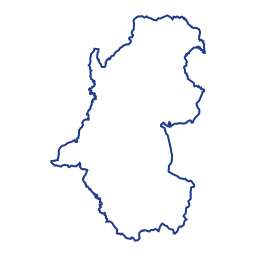 Mezquital del Oro, Zacatecas, Mexico (Natural Earth projection)
{"feature_id": "50627088B62290449256091", "entity_name": "Mezquital del Oro", "entity_type": "district", "adm_level": 2, "iso_a3": "MEX", "parent_name": "Mexico", "parent_adm1": "Zacatecas", "projection": "natural_earth1", "projection_center": [-103.336, 21.194], "detail": "fine", "context": "isolated", "style": "outline", "palette": "blue", "viewbox_px": 256, "rotation_deg": 0, "n_neighbors": 0, "source": "geoboundaries", "source_scale": "gbopen_adm2", "svg_char_len": 5723}
<svg xmlns="http://www.w3.org/2000/svg" viewBox="0 0 256 256"><path d="M185.7,213.5L186.2,207.9L186.6,207.4L188.3,207.0L189.3,205.3L189.3,204.2L188.4,201.3L190.7,198.8L190.6,195.4L190.9,194.0L190.4,192.3L191.1,189.4L190.9,188.1L191.4,187.3L193.7,186.9L194.0,186.6L194.1,184.8L191.2,180.9L190.0,180.7L189.0,181.3L188.2,181.2L186.7,180.4L185.4,178.8L184.0,179.2L181.4,178.3L180.6,178.5L179.6,178.1L177.7,176.3L174.0,174.7L168.7,171.7L168.5,170.6L169.0,167.9L168.8,166.6L169.4,165.2L171.1,163.0L171.9,160.3L172.0,158.6L171.7,157.9L172.2,155.3L171.1,151.6L171.1,150.0L167.9,136.0L167.5,135.0L166.1,133.6L164.6,128.1L161.0,126.2L161.1,124.8L163.2,122.7L164.2,123.3L164.1,123.7L165.0,124.6L168.1,126.2L169.3,122.2L170.1,122.8L170.5,125.3L170.2,126.6L171.1,126.3L172.0,125.2L174.9,123.7L176.8,123.9L178.0,123.3L179.7,123.2L183.7,123.6L185.9,123.0L188.2,121.1L190.1,120.3L190.9,120.8L191.8,122.7L192.4,122.7L193.2,122.0L193.4,120.6L195.2,117.8L199.2,113.7L199.4,109.6L197.9,107.9L197.1,106.1L196.5,103.9L196.7,103.1L198.5,101.6L199.7,99.5L202.5,92.7L202.4,92.0L204.1,91.3L204.1,89.8L203.7,89.4L201.3,89.2L201.0,88.8L201.3,88.3L201.1,87.6L200.3,88.0L199.5,87.6L199.2,86.8L198.4,86.8L198.3,86.3L197.7,86.8L197.2,86.2L195.8,85.9L194.9,85.8L194.4,86.2L193.7,82.9L187.8,78.8L187.8,76.4L186.7,75.3L186.8,73.6L185.2,72.8L184.9,72.2L185.0,70.2L184.7,68.8L184.0,67.6L184.3,66.5L185.8,66.1L186.5,65.4L186.1,63.6L187.0,62.0L184.7,57.8L185.0,56.4L186.2,55.9L186.0,54.4L186.4,54.0L187.3,54.4L187.9,53.2L189.1,53.2L189.2,51.9L193.8,47.6L196.0,47.6L196.8,47.0L197.3,47.4L197.9,46.8L198.3,47.8L198.8,47.8L199.2,47.1L199.7,47.2L200.2,48.0L199.7,48.7L200.9,48.9L200.9,49.8L202.3,50.1L203.3,51.6L202.9,52.3L204.2,53.1L204.7,53.0L204.8,51.3L203.8,50.5L204.3,48.4L203.8,46.2L204.3,44.3L203.0,42.6L203.4,41.2L202.1,40.8L201.8,40.1L201.2,39.9L199.9,40.4L199.9,39.8L199.0,39.2L199.4,38.0L198.9,36.6L199.4,35.9L199.7,33.9L200.0,33.5L199.8,31.1L199.0,29.2L196.8,28.1L195.0,27.7L193.9,28.1L191.9,27.3L191.8,26.8L191.2,26.7L190.7,25.9L188.3,24.2L187.8,23.2L187.7,22.2L186.3,20.7L185.6,19.1L184.6,19.4L184.2,19.1L184.4,18.4L184.0,17.8L183.3,18.0L182.2,16.7L181.0,17.0L179.6,18.1L177.8,16.6L176.5,16.6L176.0,17.4L174.0,16.7L173.6,16.8L173.4,17.9L172.4,19.3L171.5,17.9L167.4,15.4L160.0,18.6L158.4,18.2L156.4,20.4L153.2,19.8L151.1,18.4L147.8,17.5L146.8,16.3L144.5,17.6L142.3,16.2L137.5,16.6L134.2,19.3L133.5,20.4L134.1,24.1L133.7,29.0L133.5,29.9L132.2,31.0L131.7,32.7L132.0,33.8L132.9,34.7L133.1,35.6L132.5,35.7L132.0,37.3L129.8,37.4L129.3,37.8L129.1,38.7L129.5,39.5L130.7,40.2L130.9,41.3L130.6,42.3L129.2,43.9L128.1,44.5L126.4,44.2L125.4,45.0L123.0,45.6L122.5,46.7L119.8,48.3L119.0,50.1L117.0,51.2L115.1,52.8L113.6,55.6L111.6,56.1L110.7,57.1L110.4,58.3L109.8,59.2L109.2,59.3L108.8,58.5L106.5,60.2L106.5,61.3L105.5,62.8L105.9,63.4L105.2,66.5L104.8,67.0L101.9,67.0L100.6,63.9L99.6,63.0L99.0,60.5L98.3,60.3L98.4,59.1L97.4,58.4L97.1,57.6L97.5,53.1L98.4,51.3L98.5,49.2L94.4,48.8L93.8,51.1L91.2,54.0L90.4,57.5L90.4,61.9L89.9,63.8L88.8,65.3L89.4,65.6L90.1,67.4L89.9,68.8L90.9,70.2L90.8,70.6L91.2,70.8L90.4,71.5L90.7,75.2L90.2,76.5L90.8,77.0L91.0,79.0L92.7,79.9L92.8,81.3L93.9,80.8L94.5,81.1L94.6,82.1L94.1,82.6L94.6,83.3L94.4,84.0L94.9,84.4L94.1,86.1L93.1,86.8L92.1,86.9L91.8,87.9L90.8,88.7L89.7,88.5L89.0,89.3L89.4,90.2L90.8,90.2L91.2,90.6L90.0,92.8L90.2,93.9L90.7,94.1L92.1,92.8L92.6,93.7L94.2,93.2L94.8,93.8L94.1,95.2L94.3,95.8L95.4,95.8L96.0,96.7L95.0,97.6L95.7,98.7L95.0,98.7L94.6,99.4L93.6,98.9L92.2,100.6L91.9,101.5L92.6,101.9L92.2,102.1L91.6,103.9L91.8,104.6L90.7,106.4L90.2,109.4L88.8,109.9L87.1,113.8L86.9,114.5L88.4,114.7L88.6,119.6L88.2,119.8L87.3,119.1L86.9,119.5L85.8,119.5L83.8,120.3L82.2,122.8L82.9,124.2L82.9,125.5L81.8,127.2L80.5,128.1L80.1,129.2L79.1,130.1L78.9,135.3L78.4,136.6L78.4,138.1L77.0,138.5L76.7,139.1L77.2,141.6L76.0,142.1L75.3,141.6L74.4,140.1L72.1,141.6L67.4,143.1L65.9,144.5L64.5,145.2L61.6,146.1L59.5,148.7L58.7,150.6L58.7,153.0L59.0,153.9L58.6,154.9L58.5,156.8L57.8,158.5L57.9,160.1L55.9,160.2L54.9,160.8L52.2,160.8L51.5,161.1L51.2,162.3L54.9,165.6L56.5,165.4L61.1,166.6L62.5,165.4L64.3,164.9L66.4,165.1L67.9,165.4L68.2,166.6L69.3,167.2L70.9,165.7L75.8,166.4L76.8,165.9L77.7,164.7L78.2,164.9L78.9,164.3L79.7,163.0L80.3,163.8L80.0,167.1L81.5,168.7L83.0,169.4L84.2,169.0L87.3,170.0L85.6,174.7L84.0,176.6L83.9,177.7L83.1,178.5L83.0,179.8L84.0,181.8L85.6,183.1L85.4,184.1L86.5,185.4L86.1,186.3L88.1,187.0L89.4,189.3L90.3,189.1L90.6,190.2L91.2,190.5L91.6,191.5L93.4,192.9L93.6,193.5L94.1,193.6L94.2,194.4L95.0,194.9L95.2,195.6L95.4,195.1L95.6,195.5L96.1,195.1L96.3,195.5L96.7,195.3L96.6,195.8L97.3,196.0L96.5,197.6L96.9,197.6L97.3,198.3L98.1,198.2L98.5,199.0L99.8,198.3L100.2,199.3L99.9,202.3L100.7,201.9L101.8,203.6L101.8,204.2L101.2,204.7L99.7,204.9L99.7,205.9L100.9,207.1L98.9,208.9L99.0,210.2L99.8,210.6L100.0,212.2L103.1,213.6L103.7,213.7L104.4,212.8L105.0,213.0L104.6,215.0L106.0,216.0L106.0,218.1L107.2,218.8L106.5,221.7L107.8,221.2L108.3,221.6L109.6,221.4L112.1,222.8L113.5,225.3L117.2,229.7L116.8,233.2L117.5,233.7L119.8,233.6L120.7,234.4L121.9,233.6L124.4,235.6L125.6,237.5L126.7,238.1L130.4,238.9L131.1,238.6L131.6,237.5L132.4,237.5L133.3,238.1L134.8,240.4L135.6,240.6L138.0,240.1L139.3,238.9L139.6,238.2L139.1,234.9L139.3,232.9L140.9,231.3L142.8,230.4L143.0,230.7L145.2,230.2L149.4,231.6L150.7,230.2L151.8,229.9L153.3,230.1L155.4,229.0L157.0,229.6L157.8,230.8L158.6,231.2L160.1,226.6L162.0,223.6L162.7,223.7L165.5,225.8L166.9,226.0L169.0,228.7L172.9,229.8L173.6,231.3L173.7,233.2L174.4,233.7L175.0,233.5L177.1,231.6L178.9,227.2L179.8,226.4L181.1,226.9L183.3,225.3L183.8,224.7L184.1,222.3L184.8,220.8L186.5,219.3L185.4,218.7L184.9,217.5L183.7,216.4L183.9,215.2L185.7,213.5Z" fill="none" stroke="#1e3a8a" stroke-width="2"/></svg>